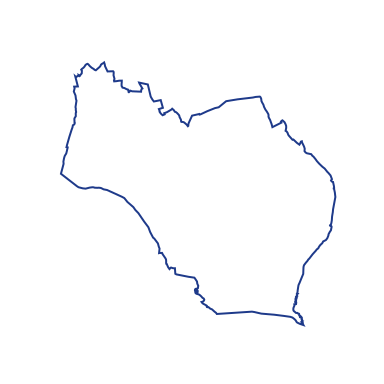 outline of Spinus, Bihor, Romania, rotated 196°
{"feature_id": "2599482B16255250220443", "entity_name": "Spinus", "entity_type": "district", "adm_level": 2, "iso_a3": "ROU", "parent_name": "Romania", "parent_adm1": "Bihor", "projection": "mercator", "projection_center": [22.193, 47.203], "detail": "fine", "context": "isolated", "style": "outline", "palette": "blue", "viewbox_px": 384, "rotation_deg": 196, "n_neighbors": 0, "source": "geoboundaries", "source_scale": "gbopen_adm2", "svg_char_len": 5805}
<svg xmlns="http://www.w3.org/2000/svg" viewBox="0 0 384 384"><g transform="rotate(196 192 192)"><path d="M334.3,260.8L333.4,259.2L333.3,256.0L330.6,252.7L329.2,249.4L328.2,247.9L327.4,241.5L326.7,240.2L326.3,238.7L325.4,236.9L325.5,235.8L324.6,232.8L325.3,230.4L325.0,229.1L324.5,227.8L324.1,226.4L323.7,226.1L323.8,224.5L324.9,223.3L324.7,221.2L324.9,218.2L325.1,211.3L325.1,203.0L325.0,200.5L323.8,200.6L323.7,199.4L323.7,198.5L323.6,197.3L323.5,194.3L323.9,193.0L324.3,191.4L324.3,189.0L324.0,185.8L323.2,183.7L323.0,173.4L304.3,165.9L302.4,165.3L298.1,165.4L295.2,165.9L291.6,168.0L289.1,169.1L287.7,169.4L286.8,169.3L284.3,169.9L282.8,170.4L281.3,170.7L280.2,170.7L277.8,170.2L274.2,170.5L258.1,168.1L255.4,167.5L251.3,164.6L244.2,161.3L241.5,159.1L237.7,156.9L230.0,150.5L224.2,146.1L221.2,142.0L216.8,137.4L215.5,136.9L210.6,133.2L208.8,130.2L207.6,128.7L206.8,124.2L205.9,124.7L205.4,124.7L204.0,125.2L203.7,124.9L203.7,124.7L202.6,123.7L199.2,120.9L198.4,120.0L197.9,118.8L197.3,116.7L197.0,116.0L196.7,115.7L196.4,115.8L194.2,113.1L192.4,111.7L191.6,113.4L191.2,113.6L189.6,113.5L188.3,113.7L187.4,114.0L185.5,108.8L184.3,108.5L172.2,109.5L166.1,110.3L165.3,109.7L162.5,107.3L161.7,105.4L160.1,103.5L160.1,103.0L159.8,101.3L160.9,100.3L161.8,99.9L162.1,99.5L162.2,99.0L162.0,98.0L161.8,97.7L161.4,97.5L161.1,97.7L159.9,99.1L159.6,99.0L159.3,98.6L159.0,97.5L159.0,96.9L159.4,96.5L159.9,96.4L160.9,96.6L161.1,96.4L160.9,96.0L160.3,95.6L159.5,95.4L157.2,95.4L155.9,95.0L154.3,94.2L152.8,93.2L151.3,92.8L150.5,91.8L150.6,91.0L150.8,90.4L151.4,89.6L152.5,88.9L151.3,88.0L150.5,87.7L146.8,86.9L146.2,86.6L146.0,86.3L146.2,85.8L145.9,85.5L145.4,85.5L144.5,85.9L142.3,84.9L140.4,84.7L137.4,83.2L135.6,82.5L134.5,81.6L101.4,93.5L99.0,93.8L91.8,94.2L79.2,96.7L69.6,98.2L63.1,99.1L60.8,99.0L58.8,98.2L57.1,97.3L55.4,95.7L54.8,95.5L52.1,95.0L48.2,94.8L48.6,95.2L49.3,95.3L49.2,96.3L49.5,96.7L49.9,96.1L50.3,96.1L50.3,96.5L50.0,97.0L51.0,97.3L50.2,98.4L50.7,98.5L51.1,99.1L50.9,99.4L51.1,100.0L51.7,100.2L51.7,100.7L51.7,101.3L51.9,101.6L52.7,102.1L53.3,101.4L53.7,101.4L53.8,101.6L53.8,101.9L53.3,102.5L54.0,102.9L54.9,102.9L55.1,103.3L55.3,104.1L55.5,104.4L55.8,104.5L56.8,104.4L57.3,104.8L57.6,104.8L58.3,104.5L59.0,104.5L60.2,105.2L60.8,105.4L61.4,105.7L61.8,106.1L62.1,106.7L62.4,107.6L62.5,108.5L62.5,109.1L62.3,110.2L62.3,111.0L62.4,111.9L62.5,111.9L62.7,112.2L62.5,112.3L62.0,112.2L61.9,112.4L61.9,112.8L61.7,113.1L61.1,113.1L61.1,113.3L61.7,113.7L61.7,113.9L61.4,114.3L61.4,114.6L61.8,114.8L62.1,114.5L62.4,114.5L62.6,114.7L62.5,115.4L62.2,115.2L61.8,115.3L61.9,115.9L62.2,116.0L62.3,116.4L62.2,116.7L62.2,116.8L62.2,117.0L62.8,116.9L63.0,117.5L62.4,117.8L62.3,118.3L62.8,118.4L62.9,118.6L62.1,119.2L62.1,119.3L62.6,119.7L62.8,119.7L63.0,119.6L63.2,119.9L63.2,120.1L62.5,120.5L62.2,121.0L62.6,121.3L62.7,122.1L62.6,122.4L62.6,122.9L62.4,123.3L63.1,123.3L63.0,123.9L63.0,124.7L63.1,125.6L63.3,126.5L63.9,131.3L63.9,132.4L63.6,134.0L62.9,140.5L62.5,143.9L64.0,150.0L64.2,151.4L64.1,152.7L62.9,155.8L62.2,157.2L61.8,158.4L61.6,159.2L61.0,160.1L58.9,165.4L56.8,169.7L56.2,171.3L55.6,171.9L55.0,173.1L55.0,173.6L54.6,175.0L54.4,175.4L54.4,175.8L53.9,176.5L53.8,176.9L52.7,178.6L52.3,180.6L50.5,182.3L50.0,182.8L49.2,184.9L48.9,187.7L49.1,189.0L48.6,191.4L47.9,193.5L48.2,197.0L48.7,197.6L49.6,197.5L50.1,197.8L50.1,198.2L49.5,198.9L49.5,200.7L49.8,203.4L50.6,207.1L51.1,211.5L51.6,214.1L52.8,226.7L54.6,231.0L56.3,234.2L56.7,234.3L56.8,234.8L56.5,235.1L57.2,236.8L59.2,240.5L59.8,240.4L60.4,240.6L61.5,241.3L61.4,241.9L61.0,242.9L63.4,246.1L66.4,248.1L67.4,248.6L70.9,251.1L73.6,252.2L77.2,254.1L80.3,256.0L82.3,257.6L85.0,259.5L86.3,260.0L87.8,261.2L92.3,260.9L93.7,261.3L95.1,262.3L95.6,264.7L96.7,266.4L97.9,267.8L99.9,270.0L100.4,271.0L101.2,270.4L101.5,268.1L101.8,267.1L104.8,268.2L106.3,269.0L109.0,270.4L109.8,269.9L114.8,273.1L115.6,274.0L116.6,275.4L117.8,276.3L118.9,276.6L119.1,279.5L119.7,281.5L120.9,283.1L122.3,284.6L124.1,285.5L124.8,285.8L125.4,285.2L125.7,284.6L125.9,283.9L125.2,283.3L132.6,276.5L134.2,279.2L135.6,281.1L136.8,282.8L138.7,284.7L139.3,285.7L139.4,286.2L139.7,287.2L140.2,288.0L142.2,289.9L144.2,291.5L146.3,293.8L147.1,295.1L147.6,295.8L148.5,296.6L150.2,298.4L151.3,300.9L152.4,302.1L153.1,302.4L157.1,300.9L159.5,299.6L173.6,293.7L184.2,288.7L189.7,280.8L193.0,279.0L199.7,273.8L205.2,269.0L206.1,268.5L206.5,269.0L213.0,265.4L213.3,263.2L213.9,259.3L214.2,257.2L214.1,255.7L213.8,254.6L214.1,254.1L214.8,254.6L215.7,255.3L218.5,256.6L219.2,256.8L220.1,256.8L221.4,256.5L221.8,256.6L222.3,257.9L222.7,258.6L224.6,260.6L225.0,261.4L225.4,262.0L226.1,262.6L228.3,263.9L229.6,264.4L230.6,264.4L232.1,265.7L234.0,266.6L234.5,265.6L238.1,261.8L240.4,260.1L239.7,259.1L241.4,257.7L243.2,258.6L244.5,259.5L245.3,260.2L245.2,260.6L246.7,262.6L243.2,264.9L247.4,271.7L253.6,268.5L255.5,269.9L257.5,271.8L258.1,272.5L264.1,283.2L273.0,282.6L272.4,281.8L268.2,277.8L268.5,277.5L268.9,276.8L268.8,275.3L268.6,274.4L277.3,272.3L279.4,272.4L279.7,271.2L280.2,270.5L280.4,270.5L281.1,271.8L281.8,272.8L283.3,272.8L285.5,273.3L287.6,273.2L288.5,274.2L288.9,274.5L289.5,276.5L289.7,277.8L290.2,279.7L292.7,278.9L295.0,277.8L297.3,276.9L297.8,277.9L297.7,278.2L297.7,279.4L299.6,282.6L300.1,284.9L300.5,285.9L301.0,286.3L301.5,286.2L306.4,284.6L310.2,288.9L311.2,290.9L312.2,292.3L312.9,291.3L314.0,290.2L314.4,289.6L314.6,289.2L314.7,288.4L314.9,287.5L315.3,286.7L318.0,282.5L319.4,282.6L320.2,283.1L322.7,283.8L325.0,284.9L326.8,286.1L327.7,286.4L328.6,285.8L329.4,284.7L329.9,282.9L330.6,281.5L331.8,279.9L332.2,279.0L331.3,278.3L330.8,276.2L330.7,275.6L331.6,273.6L331.7,273.3L332.2,273.1L332.8,273.2L332.2,272.5L332.1,272.4L332.3,272.2L333.4,272.5L333.8,272.4L334.7,270.8L335.3,270.6L336.1,271.0L330.8,262.0L334.3,260.8Z" fill="none" stroke="#1e3a8a" stroke-width="2"/></g></svg>